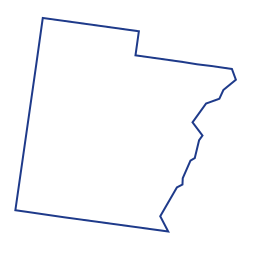 Le Sueur, Minnesota, United States of America, rotated 188°
{"feature_id": "52423323B42954373682116", "entity_name": "Le Sueur", "entity_type": "district", "adm_level": 2, "iso_a3": "USA", "parent_name": "United States of America", "parent_adm1": "Minnesota", "projection": "mercator", "projection_center": [-93.822, 44.37], "detail": "fine", "context": "isolated", "style": "outline", "palette": "blue", "viewbox_px": 256, "rotation_deg": 188, "n_neighbors": 0, "source": "geoboundaries", "source_scale": "gbopen_adm2", "svg_char_len": 475}
<svg xmlns="http://www.w3.org/2000/svg" viewBox="0 0 256 256"><g transform="rotate(188 128 128)"><path d="M227.7,225.1L227.7,176.8L228.1,30.9L217.0,30.9L198.7,30.8L179.0,30.7L73.8,31.1L83.8,45.1L71.3,76.0L66.2,79.6L66.8,85.9L61.6,104.4L57.7,107.5L55.9,125.8L53.2,130.9L64.9,142.6L54.1,163.1L41.6,169.7L38.8,179.0L27.9,190.8L33.3,200.9L54.3,201.0L68.4,200.7L82.6,201.0L130.7,201.0L130.7,225.3L227.0,225.1L227.7,225.1Z" fill="none" stroke="#1e3a8a" stroke-width="2"/></g></svg>